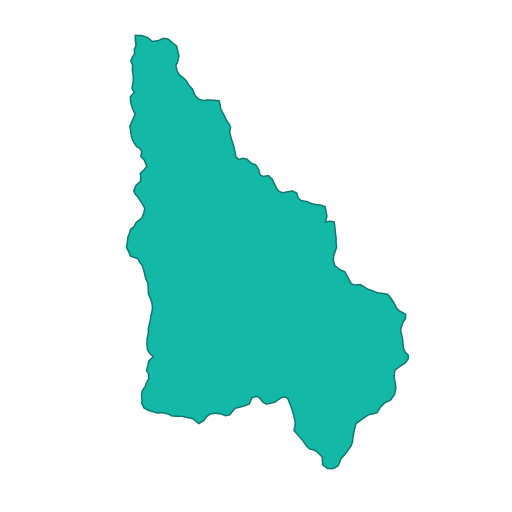 the district of Jaupaci, Goiás, Brazil, rotated 15°
{"feature_id": "56859067B98369159462122", "entity_name": "Jaupaci", "entity_type": "district", "adm_level": 2, "iso_a3": "BRA", "parent_name": "Brazil", "parent_adm1": "Goiás", "projection": "natural_earth1", "projection_center": [-51.067, -16.171], "detail": "fine", "context": "isolated", "style": "filled", "palette": "teal", "viewbox_px": 512, "rotation_deg": 15, "n_neighbors": 0, "source": "geoboundaries", "source_scale": "gbopen_adm2", "svg_char_len": 3229}
<svg xmlns="http://www.w3.org/2000/svg" viewBox="0 0 512 512"><g transform="rotate(15 256 256)"><path d="M187.1,431.7L191.5,432.9L195.9,433.1L202.0,433.1L205.6,431.7L211.7,431.3L216.2,432.3L220.7,431.3L226.2,430.0L231.3,429.8L237.1,429.5L244.2,432.7L248.2,428.4L249.7,424.3L252.5,420.6L257.4,418.4L263.5,417.6L267.8,418.2L271.7,416.2L275.1,408.6L282.4,404.5L287.8,400.7L288.7,394.1L292.5,391.4L296.0,392.0L300.7,395.5L304.1,396.4L307.4,394.9L312.2,392.2L317.0,386.3L320.4,384.7L323.5,385.3L327.3,390.4L331.1,395.9L333.6,400.0L336.6,405.9L337.6,409.4L337.8,414.7L342.0,417.5L345.9,420.0L349.1,422.3L354.2,426.6L357.7,428.4L361.3,428.4L364.8,429.0L368.3,430.8L372.0,433.1L374.5,440.5L379.9,442.7L385.1,441.7L389.5,437.6L390.7,429.4L393.2,424.8L395.9,417.9L397.2,414.1L397.2,409.8L396.5,405.8L396.1,400.6L395.9,392.2L402.2,384.3L405.8,380.2L409.1,378.5L413.5,376.1L415.2,369.9L418.5,364.4L423.4,360.1L425.7,353.6L425.3,347.5L423.0,341.8L420.6,336.9L419.6,330.5L423.2,325.8L427.6,320.9L429.7,315.9L428.5,312.1L425.1,310.5L422.2,306.7L419.7,299.9L417.4,295.0L414.7,289.9L414.9,286.0L415.1,282.1L416.6,277.6L415.6,273.5L408.6,271.9L405.2,269.9L401.9,266.0L397.5,262.1L393.2,258.9L389.9,259.1L382.9,260.1L376.3,259.3L372.5,259.2L368.8,257.9L363.9,256.6L359.0,258.4L355.3,258.2L352.3,255.2L349.9,252.5L345.7,248.2L340.5,247.4L334.8,245.1L332.0,240.5L330.9,236.0L331.3,231.3L331.6,226.7L329.7,221.7L328.7,217.7L326.7,213.1L324.4,206.8L322.6,202.9L318.3,203.3L314.3,205.2L314.2,199.2L311.5,193.6L309.9,190.4L305.0,190.1L301.0,190.8L296.0,191.1L291.3,190.2L285.2,190.8L281.8,189.2L279.1,184.7L274.1,183.8L265.4,188.0L261.4,187.6L258.5,185.4L252.0,177.8L247.2,175.1L242.6,177.2L239.0,176.8L236.4,172.0L232.2,168.0L227.2,167.5L222.4,164.9L218.1,164.9L214.5,167.1L211.2,165.7L208.7,160.8L206.3,156.1L201.6,148.7L198.4,143.0L198.1,138.1L195.7,135.3L192.5,132.7L189.6,129.2L183.9,123.2L182.0,118.7L180.1,115.6L174.9,116.5L169.2,117.7L165.2,119.4L160.0,119.4L155.2,116.3L151.2,111.0L147.0,108.5L143.4,104.8L140.2,103.0L134.7,100.6L131.7,97.3L129.3,92.8L130.1,88.1L129.7,82.4L127.3,78.3L125.1,73.8L120.1,71.7L115.3,69.3L110.5,69.5L106.2,73.0L100.6,75.6L94.3,73.0L88.4,72.6L82.3,74.2L83.7,78.9L85.6,83.2L85.0,88.1L86.5,91.8L85.1,95.8L84.6,100.0L87.4,103.5L88.6,108.7L90.9,114.0L92.4,119.9L92.8,126.1L96.0,129.6L93.4,134.5L95.0,139.7L98.3,145.1L102.5,150.3L101.6,156.7L100.6,163.3L102.9,168.4L104.9,173.0L108.6,178.0L112.3,181.1L115.4,182.0L118.6,184.5L119.0,189.6L123.4,192.4L127.2,197.6L125.3,202.3L122.8,206.1L124.3,209.6L125.1,213.7L121.8,218.8L121.0,224.8L123.3,227.4L126.5,229.5L129.1,231.9L132.9,235.1L136.2,238.8L136.5,243.7L135.9,248.8L131.5,254.8L130.6,259.2L127.9,262.6L127.9,266.5L127.4,270.7L128.1,275.4L128.6,281.1L132.2,285.2L134.7,288.5L138.3,288.9L142.7,289.1L145.4,292.4L148.4,294.4L151.6,299.3L153.8,303.6L155.8,306.9L158.6,310.2L160.6,316.4L162.1,320.7L164.5,323.8L167.4,327.7L169.3,332.4L169.9,336.9L170.0,340.8L170.5,345.0L170.7,350.0L170.8,354.0L172.0,358.3L172.2,363.9L173.7,370.3L175.7,375.0L178.7,377.6L182.7,379.8L179.6,385.3L179.9,389.6L179.9,395.1L182.8,397.6L184.1,402.7L182.9,406.9L182.8,410.8L181.1,415.1L181.3,419.6L183.0,424.1L184.0,428.2L187.1,431.7Z" fill="#14b8a6" stroke="#0f766e" stroke-width="1.5"/></g></svg>